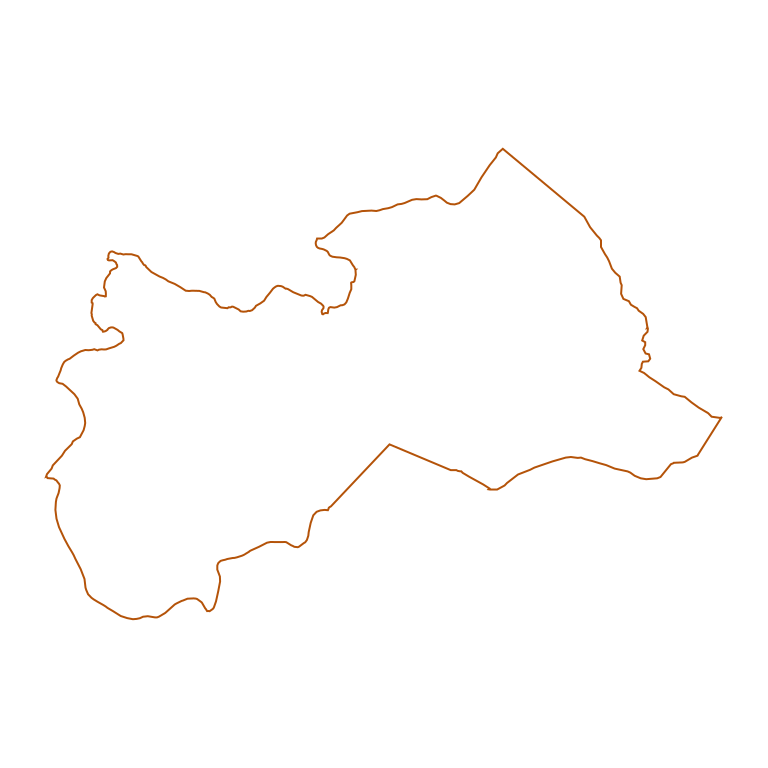 outline of Marigot, Anse-la-Raye, Saint Lucia
{"feature_id": "8701671B85402755836861", "entity_name": "Marigot", "entity_type": "district", "adm_level": 2, "iso_a3": "LCA", "parent_name": "Saint Lucia", "parent_adm1": "Anse-la-Raye", "projection": "robinson", "projection_center": [-61.025, 13.962], "detail": "fine", "context": "isolated", "style": "outline", "palette": "amber", "viewbox_px": 768, "rotation_deg": 0, "n_neighbors": 0, "source": "geoboundaries", "source_scale": "gbopen_adm2", "svg_char_len": 6025}
<svg xmlns="http://www.w3.org/2000/svg" viewBox="0 0 768 768"><path d="M488.6,489.3L489.8,489.5L497.2,489.5L504.6,485.5L507.0,483.0L518.0,474.5L530.1,469.8L534.4,467.6L552.5,461.4L565.7,457.6L570.9,457.0L577.7,457.9L581.0,457.6L585.1,459.2L592.5,461.1L599.4,463.2L606.2,465.1L614.7,468.6L627.6,471.4L630.3,472.6L634.7,475.8L640.7,478.3L646.2,479.2L657.2,478.3L660.5,477.0L670.9,464.2L673.6,463.1L673.8,462.8L682.8,462.4L684.7,461.9L692.0,457.6L697.5,455.7L697.8,455.3L697.8,455.0L721.9,416.8L720.7,418.0L711.6,416.7L708.2,413.2L698.7,407.6L691.5,402.4L684.7,396.8L681.3,396.3L673.7,394.2L668.4,389.4L664.2,387.3L655.5,381.2L649.4,377.3L644.1,373.0L639.5,370.8L641.4,367.8L641.8,363.9L642.9,361.7L648.3,361.3L650.2,358.7L649.0,354.3L645.6,353.5L643.3,349.1L645.2,345.2L645.2,342.2L642.2,340.5L643.7,335.7L647.5,331.8L647.9,328.8L647.6,327.7L647.1,327.9L647.4,327.3L645.7,317.1L643.2,313.9L638.7,310.7L637.0,308.2L634.5,306.9L630.9,304.7L628.9,301.2L623.4,298.9L621.1,293.8L621.7,285.2L620.6,282.7L619.7,276.6L615.3,272.8L611.9,268.7L609.1,261.3L607.2,257.5L604.9,254.0L601.0,247.0L601.0,240.3L599.3,238.0L596.8,235.5L590.1,227.2L584.3,216.7L502.8,148.8L497.7,153.3L495.9,157.4L489.6,165.3L481.5,177.3L474.3,189.7L467.7,195.9L459.2,203.1L454.7,204.4L450.5,204.1L446.9,202.7L444.5,200.7L440.9,197.9L436.6,195.8L435.9,195.6L431.4,197.1L427.3,199.2L421.5,199.4L416.4,199.1L412.1,199.8L404.7,203.0L401.6,203.9L397.6,204.4L392.0,207.1L388.2,208.2L382.9,209.1L379.4,210.3L376.3,211.0L371.5,210.6L361.9,211.1L357.5,212.2L349.6,213.7L347.1,215.5L341.7,222.8L336.1,227.9L333.8,230.4L328.1,234.2L324.4,237.5L321.9,238.5L317.1,238.5L316.6,240.3L315.9,241.7L315.7,243.2L316.0,245.1L316.8,246.8L318.1,247.9L319.7,248.5L321.9,248.9L323.7,249.4L326.7,250.9L327.8,251.9L328.8,253.9L329.6,255.2L330.4,255.8L332.4,256.7L336.7,257.3L340.1,257.5L344.6,258.2L346.9,258.9L349.9,260.4L352.9,265.3L354.3,267.1L355.4,269.6L355.8,269.6L355.5,269.9L355.5,270.5L355.8,274.8L354.4,281.2L353.5,282.0L351.7,282.3L351.2,282.6L351.1,283.6L351.3,284.8L351.3,289.2L349.7,292.9L347.9,298.6L346.3,302.4L344.5,304.4L342.4,305.2L340.6,305.3L337.0,307.1L334.3,307.6L330.5,307.1L329.4,307.5L329.0,307.8L328.5,308.8L328.2,310.0L328.0,312.0L327.7,313.1L325.5,313.0L323.7,313.7L323.0,314.3L322.3,314.1L321.7,312.0L321.7,311.3L322.1,310.0L323.4,308.3L323.6,306.8L323.2,305.8L321.0,303.6L318.1,302.0L312.0,296.9L310.1,296.1L305.5,294.8L303.7,295.7L302.8,295.7L301.3,295.5L293.2,292.2L288.0,289.1L286.4,288.6L285.6,288.7L282.7,286.7L281.0,286.1L277.9,285.8L276.3,286.3L274.6,287.4L273.0,288.7L269.9,292.8L266.4,297.0L264.1,300.7L260.3,303.4L256.0,305.8L254.8,307.7L252.1,310.2L249.8,311.0L248.4,310.8L246.3,311.5L243.2,311.7L240.6,311.3L238.7,309.5L233.3,306.8L232.7,306.7L232.0,306.6L230.9,307.2L230.2,307.4L228.6,307.3L227.5,308.2L221.1,307.5L219.4,306.5L217.0,304.0L215.7,302.0L214.3,298.6L212.4,297.3L211.7,297.0L209.8,294.8L207.8,293.5L205.2,292.3L204.0,292.2L199.4,290.9L192.1,290.7L189.1,291.0L185.7,290.7L180.4,287.2L174.7,283.9L168.3,281.3L165.9,279.5L163.0,277.9L159.5,276.5L151.4,272.0L146.2,267.0L145.7,265.8L145.2,265.3L144.2,265.1L143.4,264.2L142.8,263.4L142.2,262.2L141.4,261.4L138.3,256.5L137.4,256.0L131.6,254.3L125.3,254.2L123.4,254.5L120.3,253.6L118.3,253.9L115.5,253.0L114.1,252.1L112.1,251.4L110.4,251.8L108.9,253.5L108.3,255.9L108.5,257.7L107.5,259.0L107.9,260.0L109.0,260.4L112.6,260.2L114.4,261.3L115.9,262.5L116.5,264.2L117.1,265.0L117.2,266.8L116.0,268.1L113.1,269.2L111.5,270.1L110.1,271.4L110.0,273.4L106.3,278.1L104.8,281.4L104.0,287.5L105.7,291.2L105.9,293.9L105.8,296.3L104.8,296.5L104.1,296.1L100.3,295.5L99.4,295.3L97.4,294.3L95.9,295.1L93.3,297.6L92.7,298.3L91.7,300.1L91.7,302.6L92.6,303.2L92.6,304.4L91.4,313.0L91.8,314.3L91.7,315.7L93.2,320.8L94.5,322.5L95.5,323.1L95.6,324.2L97.4,325.2L100.8,329.3L102.4,330.1L102.9,331.7L103.5,331.7L105.6,331.1L107.4,329.9L107.7,329.3L108.9,328.1L111.0,327.4L112.5,327.4L113.5,327.6L117.6,329.9L119.4,331.4L122.2,333.1L122.6,334.3L123.4,338.5L123.5,340.3L120.8,343.1L119.2,343.8L116.4,345.7L114.2,346.8L108.9,348.4L106.1,349.4L104.1,349.5L101.5,349.3L98.9,349.7L97.5,350.4L94.2,349.2L92.4,349.8L89.8,350.1L88.4,350.2L85.3,350.0L80.9,351.3L78.1,352.7L73.8,355.6L69.6,358.8L68.0,359.4L65.6,360.8L64.2,362.0L62.8,364.4L61.2,368.2L60.6,370.5L59.6,372.9L58.1,376.7L57.3,377.9L56.4,380.2L56.6,381.0L57.3,382.0L59.2,383.2L62.6,383.8L66.1,386.5L74.4,394.2L77.7,398.7L79.3,404.4L81.7,408.7L83.2,412.3L84.7,417.8L85.2,423.0L84.7,426.1L83.6,430.2L79.9,437.2L76.9,438.6L72.9,441.4L71.7,444.2L65.0,450.8L61.9,455.7L52.8,465.4L51.6,468.6L47.0,474.1L46.1,476.6L46.5,476.4L47.5,478.1L53.6,478.6L54.8,479.6L56.4,480.4L58.1,482.7L59.0,483.7L59.8,485.4L59.6,488.1L58.6,493.0L56.5,498.5L55.9,501.9L55.4,509.9L56.5,518.7L59.0,527.1L64.4,538.8L68.4,546.2L72.2,552.5L73.7,555.2L75.4,558.9L80.7,569.2L84.5,579.0L85.5,587.6L86.2,589.9L88.1,594.3L91.5,597.8L93.7,599.4L97.6,601.8L103.3,605.0L105.7,606.5L107.5,607.9L113.1,611.2L120.7,616.0L127.2,618.1L132.9,619.2L136.6,618.9L139.9,618.2L143.1,616.7L144.3,616.6L147.8,616.2L155.0,617.4L157.0,617.4L158.9,616.7L165.3,612.9L174.7,604.5L176.4,603.5L181.7,600.9L182.8,600.6L187.5,598.7L193.6,598.4L195.8,598.6L197.1,599.0L201.5,602.2L202.0,602.8L205.3,608.5L205.9,609.1L207.1,611.1L208.3,611.0L209.6,611.2L212.6,609.1L213.4,608.3L214.0,607.1L216.0,601.4L218.2,591.4L220.1,581.5L219.9,576.5L217.3,569.6L217.3,565.6L217.7,564.4L218.4,562.9L220.6,560.9L222.6,560.3L225.3,559.7L227.3,559.0L232.7,558.0L234.5,557.9L237.0,557.3L242.0,555.7L243.8,554.9L249.1,551.7L249.5,551.2L251.0,550.4L259.0,546.8L267.0,542.7L270.5,542.0L280.1,542.1L285.0,542.0L286.3,542.2L291.2,545.3L292.7,545.9L294.3,546.8L297.8,547.2L299.0,546.7L303.8,543.1L305.2,542.3L306.9,540.0L308.3,535.8L308.7,532.1L310.7,522.9L313.3,515.3L316.6,511.8L320.4,510.4L324.6,509.9L327.9,510.2L328.3,509.4L328.8,507.8L329.6,507.1L330.9,506.4L389.5,444.4L450.7,470.1L456.3,470.1L457.8,470.9L460.0,471.3L461.3,471.3L462.6,472.8L469.3,476.8L483.1,484.4L489.4,488.4L488.6,489.3Z" fill="none" stroke="#b45309" stroke-width="2"/></svg>